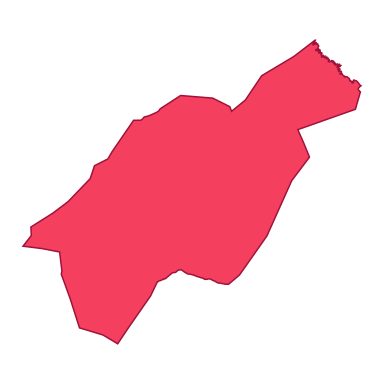 Tarialan, Uvs, Mongolia (Robinson projection)
{"feature_id": "93677404B95809249566268", "entity_name": "Tarialan", "entity_type": "district", "adm_level": 2, "iso_a3": "MNG", "parent_name": "Mongolia", "parent_adm1": "Uvs", "projection": "robinson", "projection_center": [92.281, 49.747], "detail": "fine", "context": "isolated", "style": "filled", "palette": "rose", "viewbox_px": 384, "rotation_deg": 0, "n_neighbors": 0, "source": "geoboundaries", "source_scale": "gbopen_adm2", "svg_char_len": 5373}
<svg xmlns="http://www.w3.org/2000/svg" viewBox="0 0 384 384"><path d="M30.9,227.0L31.3,235.6L23.0,246.2L42.1,248.6L59.6,252.0L61.9,271.0L61.3,274.3L64.0,281.6L70.3,299.1L79.5,327.9L103.0,335.0L117.7,343.8L128.4,327.8L150.6,295.9L157.1,282.4L157.5,281.8L158.2,281.6L158.7,281.1L159.6,280.7L160.5,280.6L161.3,280.2L161.6,280.0L162.6,279.5L163.0,279.4L163.5,279.5L163.8,279.3L164.2,278.7L165.3,278.7L166.1,278.2L167.2,277.1L169.8,275.0L171.9,273.2L172.7,272.7L174.1,272.6L175.0,272.5L176.1,272.0L176.5,271.7L177.3,270.8L177.8,270.4L178.4,270.2L180.9,269.7L181.1,269.7L183.5,271.3L185.3,272.6L186.5,273.2L187.5,273.9L190.0,274.2L193.0,274.9L195.5,275.8L197.2,276.6L198.8,276.9L201.1,277.8L201.9,277.9L203.3,278.3L203.6,278.5L204.1,279.0L204.6,279.1L204.7,279.3L207.0,279.3L209.0,278.8L210.2,279.0L210.9,279.3L211.4,279.7L212.5,280.1L213.3,280.7L214.6,281.0L215.6,281.7L217.3,282.6L218.8,283.2L220.0,283.0L220.6,283.1L221.7,283.6L222.6,283.6L224.6,284.1L225.6,284.2L227.1,284.2L228.5,284.3L239.5,275.0L266.9,236.0L291.7,180.7L309.5,157.1L303.8,143.2L297.8,129.6L355.4,109.3L360.4,91.9L359.8,91.7L359.4,90.7L359.1,90.6L358.4,89.9L358.2,89.5L358.1,89.0L358.6,88.3L358.7,87.8L359.0,87.5L359.8,86.8L360.0,86.5L360.2,86.2L360.8,85.9L361.0,85.8L359.8,84.9L358.6,83.2L357.9,82.5L357.5,81.7L356.9,81.3L356.1,80.7L354.8,80.4L354.0,80.0L353.6,80.1L353.3,80.5L353.2,81.3L353.6,81.8L353.6,82.0L353.4,82.8L352.8,82.8L352.6,82.7L352.4,82.7L352.4,82.9L352.1,82.9L351.9,82.8L351.9,82.6L352.0,82.3L352.4,82.0L352.6,81.7L352.0,81.7L351.7,81.7L351.2,81.4L351.0,81.0L350.6,80.8L350.3,80.4L350.1,80.3L349.7,80.6L349.5,79.7L349.5,79.0L349.5,78.8L348.9,78.2L347.8,77.5L347.2,76.9L346.7,76.7L346.1,76.6L345.6,76.8L345.4,76.9L344.5,76.9L344.4,76.8L344.4,76.7L344.8,76.6L344.8,76.4L344.5,76.3L344.3,76.1L344.0,76.3L343.9,76.2L343.7,75.8L343.1,75.4L342.8,74.9L342.1,74.5L342.0,74.1L342.0,73.6L341.8,73.6L341.3,73.8L340.8,74.2L340.6,74.2L340.4,74.1L340.2,74.1L339.9,73.9L339.9,73.7L340.9,73.6L341.3,73.4L341.5,73.2L341.3,72.1L341.4,71.9L341.1,71.3L340.9,71.2L340.6,71.3L340.4,71.5L340.1,71.6L339.7,71.4L339.3,71.6L338.9,71.6L338.6,71.1L338.6,70.9L339.4,70.7L339.6,70.6L339.5,70.2L339.6,69.9L339.0,69.9L338.9,69.7L338.2,69.9L338.0,69.7L338.3,69.3L339.5,69.2L339.9,69.0L339.8,68.9L339.6,68.8L338.7,68.7L338.1,68.0L338.0,67.4L337.6,67.5L337.6,67.3L337.5,67.2L337.4,67.4L337.1,67.1L337.4,66.9L337.3,66.5L337.3,66.4L338.4,66.0L338.0,65.8L337.9,65.5L338.0,65.3L338.2,65.2L338.5,65.2L338.7,65.3L338.7,65.6L339.1,66.0L338.9,66.5L339.0,66.6L339.2,66.9L339.6,66.9L339.8,66.7L340.2,66.3L340.3,65.9L340.6,65.6L340.3,65.6L339.8,66.3L339.6,66.3L339.5,66.1L339.5,65.9L339.6,65.7L339.8,65.2L339.4,65.1L339.4,64.9L339.6,64.8L339.5,64.3L339.1,64.3L338.9,64.7L338.7,64.8L338.5,64.5L337.6,64.8L337.4,64.8L337.2,64.6L337.5,64.1L337.4,64.0L336.9,64.2L336.5,64.2L336.5,64.5L336.3,64.7L335.9,65.0L335.5,65.1L335.3,64.8L335.5,63.8L335.5,63.4L335.4,63.3L335.2,63.2L334.9,63.9L334.6,64.1L334.0,63.9L334.0,63.6L334.2,63.3L334.4,63.1L334.4,62.9L334.5,62.4L334.4,62.2L334.2,62.1L333.8,62.8L333.5,62.8L333.1,62.6L333.1,62.1L333.6,61.4L333.5,61.2L333.3,61.3L332.5,62.0L332.3,61.9L332.2,61.3L331.9,61.1L332.0,61.0L332.4,60.8L332.1,60.8L331.9,60.7L332.0,60.6L331.8,60.5L331.6,60.6L331.5,61.0L330.9,61.5L330.1,61.2L329.8,61.4L329.6,61.6L329.3,61.8L328.9,61.8L328.3,61.6L328.3,61.3L328.5,61.2L329.2,61.1L329.5,61.0L329.6,60.9L329.5,60.6L329.0,60.5L328.9,60.3L329.3,59.9L329.2,59.7L328.6,59.5L328.3,59.4L328.2,59.2L328.4,58.8L328.4,58.7L327.7,58.1L327.2,58.7L326.8,58.9L326.6,58.5L326.5,58.1L326.6,57.9L327.0,57.7L326.7,57.6L326.3,57.6L326.4,57.2L325.2,57.8L324.6,57.8L324.5,57.6L324.6,57.1L324.5,56.7L325.0,56.4L325.1,56.2L323.8,56.3L323.7,56.5L323.3,56.6L323.4,56.8L323.2,56.9L322.4,57.1L321.7,57.1L321.6,56.9L322.3,56.5L322.6,56.2L323.1,55.3L323.1,55.2L322.7,55.2L322.7,55.6L322.2,55.6L321.6,55.6L321.6,55.3L322.1,55.1L321.3,55.0L321.2,54.6L321.2,54.3L320.9,54.0L320.8,53.6L321.0,53.4L321.6,53.4L321.9,53.3L321.8,52.9L321.7,52.7L320.9,52.6L320.6,52.7L320.1,53.0L318.8,53.0L318.7,52.8L318.8,52.6L319.4,52.0L320.3,52.0L320.2,50.7L319.6,50.3L319.6,50.0L319.7,49.8L319.6,49.6L319.1,49.9L318.9,50.0L319.0,50.2L319.3,50.2L318.7,50.9L318.2,51.1L317.6,50.9L317.4,50.3L317.1,50.1L316.9,50.1L316.4,50.5L315.8,50.5L315.7,50.3L315.8,50.1L316.1,50.1L316.2,49.8L316.0,49.7L316.1,49.4L316.3,49.3L316.7,49.4L317.2,49.3L317.4,49.4L317.5,49.9L317.9,50.0L318.2,50.0L318.4,49.8L318.5,49.5L318.5,49.1L318.0,48.1L318.1,47.7L318.1,47.0L318.7,46.3L318.6,45.8L318.3,45.2L317.5,44.6L317.0,44.5L316.7,44.3L317.4,43.9L317.0,43.6L316.4,43.7L316.1,43.5L316.0,43.4L316.1,43.0L315.8,43.0L316.0,42.7L315.9,42.5L315.6,42.6L315.6,42.9L315.5,43.0L315.5,43.4L315.4,43.6L314.6,43.6L314.5,43.8L314.6,44.1L314.0,44.4L314.0,44.6L313.8,44.8L313.6,44.9L313.4,44.8L313.2,44.6L312.9,44.5L312.9,44.1L313.0,43.8L313.5,43.5L313.7,43.3L313.7,42.9L313.8,42.8L314.4,42.7L314.5,42.6L314.6,42.2L314.0,42.3L313.8,42.1L313.7,41.6L313.9,41.3L314.4,41.1L315.2,40.4L315.3,40.2L315.2,40.2L314.9,40.2L313.5,41.4L293.8,56.5L261.7,75.7L245.4,100.0L231.6,111.3L229.8,106.7L212.7,98.1L180.6,95.5L161.2,108.1L159.7,109.3L159.1,110.4L158.5,111.1L156.3,112.5L149.8,115.4L147.5,116.2L144.8,116.8L143.9,117.3L143.3,118.0L142.7,118.8L142.1,119.2L141.0,120.2L133.6,120.3L112.0,151.8L107.9,158.9L94.5,165.7L90.2,178.6L68.1,201.6L53.0,213.0L30.9,227.0Z" fill="#f43f5e" stroke="#9f1239" stroke-width="1.5"/></svg>